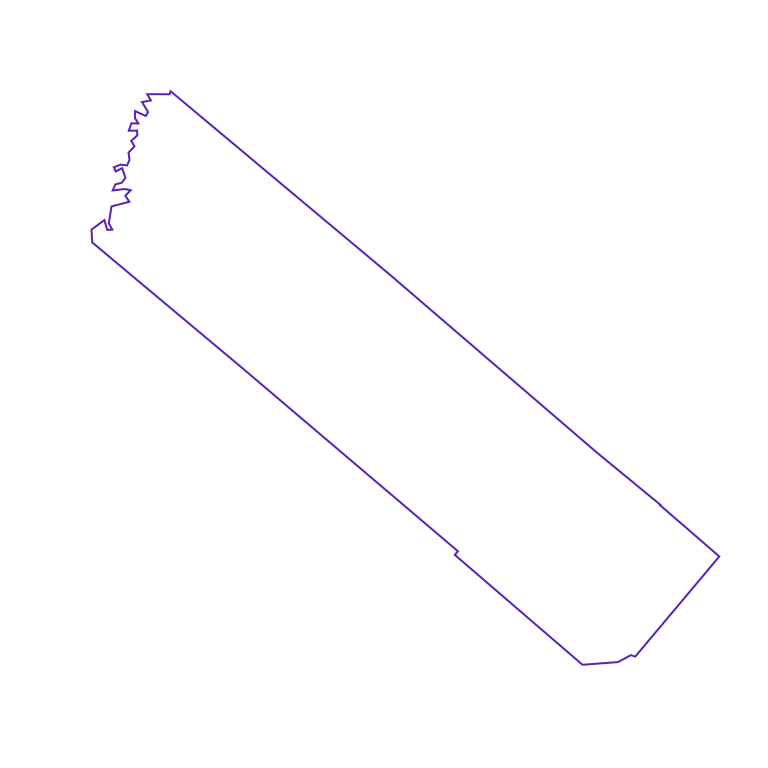 Wayne, Utah, United States of America, rotated 220°
{"feature_id": "52423323B53425480585929", "entity_name": "Wayne", "entity_type": "district", "adm_level": 2, "iso_a3": "USA", "parent_name": "United States of America", "parent_adm1": "Utah", "projection": "albers", "projection_center": [-110.379, 38.33], "detail": "fine", "context": "isolated", "style": "outline", "palette": "violet", "viewbox_px": 768, "rotation_deg": 220, "n_neighbors": 0, "source": "geoboundaries", "source_scale": "gbopen_adm2", "svg_char_len": 781}
<svg xmlns="http://www.w3.org/2000/svg" viewBox="0 0 768 768"><g transform="rotate(220 384 384)"><path d="M16.3,467.4L94.4,468.6L94.4,469.1L177.5,468.3L450.4,471.5L735.7,471.1L734.5,468.1L751.7,453.8L744.9,451.4L750.6,444.4L739.5,440.7L738.8,436.2L750.1,433.0L745.7,427.6L739.6,425.7L745.1,421.3L742.3,414.0L736.0,419.4L732.8,415.8L733.9,407.8L727.9,405.6L728.5,397.1L723.0,392.1L721.3,386.3L726.8,382.7L730.3,376.4L726.1,374.4L723.4,381.0L714.7,375.8L714.2,369.8L718.1,364.1L716.2,357.9L708.0,366.7L702.6,369.6L703.2,362.0L696.2,359.9L706.9,344.9L698.0,330.1L691.4,327.6L695.1,324.1L703.6,329.9L707.3,314.3L698.5,304.9L503.8,305.1L219.9,303.4L219.9,298.6L51.5,296.5L47.7,300.2L26.0,321.4L20.6,335.0L16.3,336.7L16.3,467.4Z" fill="none" stroke="#5b21b6" stroke-width="2"/></g></svg>